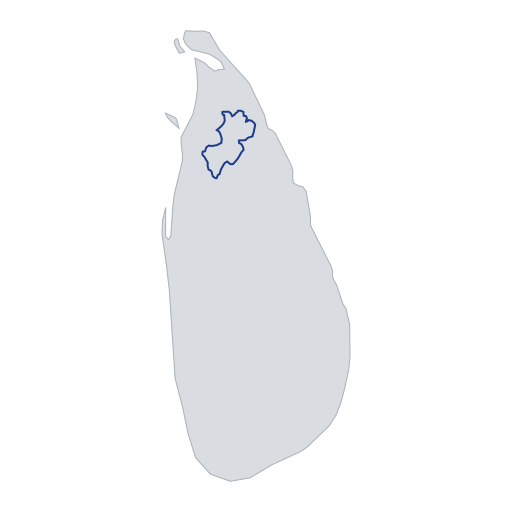 location of Vavuniyāva within Sri Lanka
{"feature_id": "LKA-2456", "entity_name": "Vavuniyāva", "entity_type": "District", "adm_level": 1, "iso_a3": "LKA", "parent_name": "Sri Lanka", "parent_adm1": "", "projection": "equal_earth", "projection_center": [80.482, 8.836], "detail": "fine", "context": "in_parent", "style": "outline", "palette": "blue", "viewbox_px": 512, "rotation_deg": 0, "n_neighbors": 0, "source": "natural_earth", "source_scale": "10m", "svg_char_len": 2261}
<svg xmlns="http://www.w3.org/2000/svg" viewBox="0 0 512 512"><path d="M185.9,30.7L194.2,31.3L203.0,31.0L209.3,32.6L219.9,50.5L248.9,82.7L264.6,115.3L266.1,122.5L268.3,128.6L272.1,130.3L275.2,133.2L291.0,164.7L292.9,170.9L292.6,177.8L293.5,182.9L297.7,185.5L302.8,186.8L306.2,191.5L310.5,216.8L310.5,224.6L311.7,228.0L331.6,267.2L332.7,272.0L332.5,275.6L333.1,278.7L336.9,285.6L343.0,304.3L346.0,308.5L349.7,324.9L350.0,356.2L348.7,370.1L345.0,387.0L340.6,403.6L335.8,415.5L329.3,425.7L307.0,447.2L300.6,451.5L271.5,465.0L250.1,477.8L230.3,481.3L210.4,474.2L195.5,457.5L187.9,432.8L182.6,407.1L175.1,378.5L169.3,290.2L166.5,265.6L162.0,234.2L162.5,220.6L165.7,207.5L165.6,236.1L168.6,239.7L170.8,236.0L172.8,206.4L174.4,193.9L182.3,161.2L182.5,155.5L181.1,143.2L181.2,137.0L193.0,114.2L196.0,100.9L197.6,87.3L197.0,72.5L194.9,58.0L204.3,62.7L209.6,67.7L214.9,71.1L219.2,69.4L224.4,69.3L220.7,61.4L209.7,54.2L191.4,49.7L185.6,43.9L183.4,38.9L184.6,33.1L185.9,30.7ZM176.5,119.4L179.0,128.2L171.9,122.2L167.2,117.2L165.5,113.1L175.3,117.7L176.5,119.4ZM184.8,51.9L179.3,53.2L175.1,45.4L174.1,42.1L175.2,39.8L176.4,38.7L177.8,39.0L179.8,46.3L184.8,51.9Z" fill="#d9dde1" stroke="#a8b0b8" stroke-width="1"/><path d="M252.5,136.4L250.1,137.0L247.9,137.8L245.3,140.2L238.9,140.5L239.1,143.0L241.3,144.1L242.9,146.8L243.6,149.8L241.6,152.0L240.4,154.0L239.3,156.1L237.4,159.1L235.2,161.7L232.9,164.1L230.2,164.1L228.7,162.7L227.1,161.5L224.5,163.2L221.1,169.1L219.5,174.1L217.9,175.0L216.6,178.2L215.7,178.1L214.8,177.8L213.0,176.5L212.1,174.0L211.8,172.4L211.2,171.0L209.9,170.2L208.6,169.6L207.7,166.3L207.7,162.5L204.4,156.9L202.4,154.8L202.4,153.3L202.7,151.6L205.0,151.3L206.3,147.4L208.7,145.6L211.8,146.0L216.7,145.2L221.3,142.9L221.8,138.9L220.5,134.4L219.1,131.5L216.8,130.1L220.8,126.7L223.2,124.1L224.7,121.0L224.6,119.0L224.3,117.0L224.3,116.0L224.2,115.0L223.0,114.8L222.3,113.5L222.5,111.9L224.1,111.7L225.8,111.8L228.7,111.7L230.9,113.5L232.2,116.2L234.4,114.9L235.8,113.1L236.7,112.6L237.5,111.9L237.7,111.3L237.9,110.8L240.7,110.7L243.4,112.0L243.7,115.8L246.0,116.1L247.0,118.5L246.2,120.1L246.0,121.7L247.4,121.3L248.7,120.1L251.4,120.7L254.1,122.9L255.2,124.8L253.6,132.7L252.9,134.3L252.5,136.4Z" fill="none" stroke="#1e3a8a" stroke-width="2"/></svg>